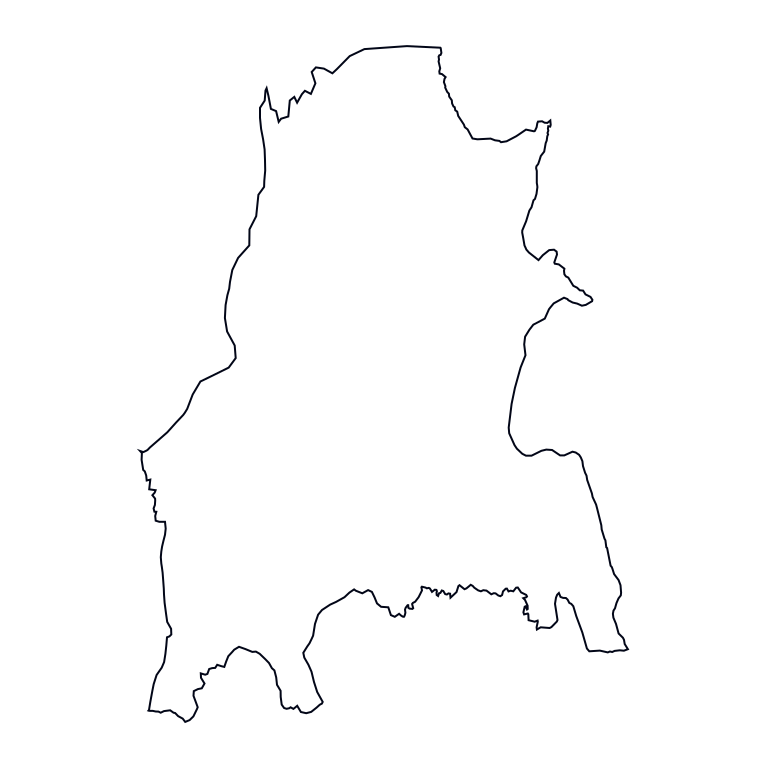 Beyla, Beyla, Guinea (Equal Earth projection)
{"feature_id": "49546643B61238663992809", "entity_name": "Beyla", "entity_type": "district", "adm_level": 2, "iso_a3": "GIN", "parent_name": "Guinea", "parent_adm1": "Beyla", "projection": "equal_earth", "projection_center": [-8.173, 8.91], "detail": "fine", "context": "isolated", "style": "outline", "palette": "ink", "viewbox_px": 768, "rotation_deg": 0, "n_neighbors": 0, "source": "geoboundaries", "source_scale": "gbopen_adm2", "svg_char_len": 6091}
<svg xmlns="http://www.w3.org/2000/svg" viewBox="0 0 768 768"><path d="M403.9,616.8L404.6,615.7L404.9,614.7L405.4,612.8L405.0,609.6L405.7,607.7L407.6,605.2L408.2,605.2L408.4,607.8L409.5,608.6L412.4,608.9L413.2,608.2L412.1,604.0L412.9,602.9L415.2,601.7L415.7,601.0L418.6,597.2L422.0,590.4L421.4,587.3L421.9,586.7L425.6,587.6L426.8,588.3L428.8,587.9L429.9,588.5L432.0,591.9L434.8,589.7L436.4,589.9L436.9,591.2L436.5,592.8L436.7,595.0L438.1,596.0L439.0,593.3L440.4,592.9L441.8,590.5L443.3,591.0L445.2,594.1L446.9,594.5L448.4,593.4L450.1,593.7L450.5,597.7L456.5,592.1L458.4,586.1L459.5,585.2L464.5,589.2L466.4,588.4L469.1,586.2L470.7,584.8L472.7,585.9L474.3,587.7L475.6,588.6L478.2,590.4L480.9,591.3L483.3,590.2L486.5,590.6L491.3,594.3L493.8,593.2L495.6,593.4L498.3,595.5L500.4,596.2L502.1,595.0L503.0,591.4L505.7,588.7L506.9,588.6L508.5,591.4L510.7,590.7L513.3,591.3L516.1,587.7L517.8,587.5L521.1,592.4L526.2,594.9L527.0,596.4L526.4,597.2L523.3,598.2L525.0,599.9L527.6,605.7L527.7,609.0L527.0,609.5L525.6,606.3L524.7,606.7L523.4,612.3L524.1,614.4L527.8,613.5L528.3,614.2L528.6,620.2L534.7,621.7L537.6,620.6L537.8,621.7L536.6,627.3L536.9,629.5L540.7,627.3L549.6,628.0L551.4,627.1L556.8,621.6L557.5,620.0L555.0,603.8L556.0,597.6L557.2,594.7L558.9,593.0L560.5,596.9L561.2,597.2L563.1,597.9L565.9,598.0L567.6,599.6L569.3,602.9L571.3,603.9L573.3,606.2L576.3,616.2L582.3,632.4L586.9,648.5L589.3,651.3L599.8,650.6L607.8,652.4L609.9,651.5L612.2,652.0L614.6,650.9L619.8,650.3L623.9,650.7L627.9,649.2L624.7,644.0L624.0,639.8L622.9,637.7L618.6,633.5L616.0,623.9L613.4,617.7L612.9,613.8L613.5,610.6L615.0,608.3L616.5,603.0L618.5,598.4L620.8,595.4L621.1,592.7L620.5,585.2L618.6,580.1L614.1,574.1L612.4,568.7L611.8,567.1L610.6,565.7L607.1,548.0L606.3,547.3L605.4,540.3L604.5,538.7L601.7,529.5L601.3,525.2L597.1,508.4L596.1,504.6L592.6,497.0L591.9,493.4L587.2,480.0L586.5,475.6L585.1,472.8L583.0,466.1L582.4,461.2L580.8,457.4L579.1,454.8L575.7,452.5L572.5,451.7L564.3,455.4L560.1,455.4L552.1,450.0L546.3,449.6L541.4,450.8L531.5,455.7L526.0,455.7L522.3,453.8L516.9,448.7L514.5,445.1L509.2,433.3L508.7,427.6L511.6,403.9L514.9,388.0L520.6,367.5L525.5,355.2L525.3,353.7L524.2,344.4L525.1,336.7L529.5,329.6L533.3,324.7L544.8,318.6L549.0,309.2L550.4,307.4L553.7,303.4L564.0,297.7L567.5,299.1L568.3,300.2L572.6,302.5L577.2,303.6L581.9,305.7L585.8,304.9L592.1,301.2L592.4,299.8L590.5,296.9L585.5,294.4L583.1,290.6L579.8,290.3L577.1,287.7L573.3,285.8L568.3,277.6L565.9,276.4L564.4,274.3L564.0,270.8L564.4,268.7L558.8,264.4L554.8,263.7L554.3,262.4L557.0,254.5L556.6,251.6L554.0,249.7L549.2,250.1L542.8,255.2L538.5,260.1L528.9,252.5L526.3,249.5L525.6,247.8L524.5,245.5L523.3,238.5L522.2,232.6L522.3,230.4L526.1,221.3L529.4,210.5L531.5,207.3L533.5,200.3L535.0,198.9L536.5,193.9L537.4,187.1L537.2,185.3L536.8,183.0L536.8,171.0L536.1,168.1L536.4,166.3L538.2,164.0L539.5,160.2L540.8,156.0L544.2,151.6L545.7,143.1L546.7,140.6L547.3,136.2L548.1,134.4L547.5,133.0L548.3,130.7L547.9,128.6L548.3,126.2L550.2,126.6L550.7,124.9L550.3,120.5L547.4,122.9L544.6,122.7L542.1,121.3L538.0,121.6L537.3,123.3L536.6,127.3L534.9,130.9L534.0,131.3L526.0,129.6L518.1,135.0L516.1,136.3L506.6,141.3L501.0,142.2L499.4,140.9L495.0,140.3L490.6,138.6L477.4,139.3L472.5,138.5L467.6,129.4L464.8,127.2L463.9,124.6L458.2,115.9L457.2,111.6L455.3,110.3L454.7,107.2L453.5,106.5L452.1,103.5L451.8,100.3L449.2,96.6L448.9,93.7L447.2,91.9L445.2,87.6L445.4,86.2L443.9,82.1L444.5,78.9L445.6,77.1L442.0,74.1L439.6,73.6L439.3,71.3L440.2,68.3L438.6,61.5L439.0,59.5L438.6,56.6L439.3,55.3L440.6,54.9L441.4,52.9L440.7,48.1L440.3,47.7L407.0,46.1L364.4,49.1L349.7,56.1L336.9,69.1L332.4,73.3L323.9,68.6L315.9,67.4L311.7,72.0L315.4,83.3L310.9,93.9L304.9,90.8L301.9,94.2L297.1,102.7L294.3,96.9L289.8,100.5L288.3,116.5L281.1,118.7L278.7,121.9L276.1,111.1L270.9,108.9L268.4,95.7L266.6,88.2L265.5,90.5L264.7,100.6L260.0,107.8L260.0,117.9L261.1,128.9L263.1,139.3L264.6,149.4L265.0,160.0L265.2,170.6L264.3,180.8L264.1,186.9L258.4,194.8L256.2,216.2L249.5,229.3L249.3,245.4L238.1,257.9L232.3,270.0L230.0,281.9L229.2,288.7L227.4,295.2L225.6,305.0L224.9,318.0L227.1,331.5L234.7,345.5L235.7,358.1L228.7,367.6L211.1,376.3L200.4,381.5L192.7,394.5L187.2,408.9L184.8,412.8L183.2,415.0L176.1,422.5L167.3,432.3L149.9,447.5L147.5,450.0L145.9,450.9L143.3,452.1L140.1,451.0L141.9,453.0L141.6,459.8L143.2,469.9L144.8,471.4L146.2,475.5L146.7,480.5L150.3,479.6L149.2,489.3L155.6,490.2L154.7,492.6L152.4,495.2L155.1,498.6L155.2,500.7L154.9,505.0L153.6,508.4L154.4,511.7L156.3,511.8L155.2,516.0L155.7,520.7L159.3,521.8L165.0,521.8L165.7,528.6L165.0,534.8L163.4,541.0L162.1,546.5L161.3,551.5L160.8,557.2L161.3,563.5L161.8,566.6L162.6,572.6L163.2,580.4L163.8,588.7L164.0,594.4L164.6,602.8L166.1,614.1L167.2,621.9L171.1,628.8L171.3,634.5L169.4,636.4L167.0,637.3L166.3,645.6L165.4,653.9L164.1,662.1L161.7,667.7L156.6,675.0L153.7,684.1L152.4,690.6L150.3,702.0L149.0,710.0L148.5,710.6L149.1,710.8L151.3,710.9L152.9,710.9L155.7,711.5L158.5,711.6L160.7,712.7L164.0,711.1L170.2,710.3L173.5,712.7L175.1,713.0L176.2,714.1L178.1,716.1L182.7,718.6L185.2,721.9L189.6,720.1L193.4,716.4L196.9,709.2L197.7,707.2L193.5,695.8L193.8,691.1L197.9,689.1L201.8,688.3L204.5,683.5L201.0,677.8L200.8,673.4L205.2,674.7L207.4,673.9L209.2,669.0L212.2,668.1L215.2,667.9L217.2,664.8L221.4,666.2L224.3,666.9L226.1,661.7L228.3,656.2L232.1,652.1L234.2,649.7L239.0,646.8L245.5,649.1L252.3,651.9L255.9,651.6L259.7,653.8L265.1,659.0L269.0,663.0L271.9,668.2L274.4,670.4L276.2,677.4L277.0,684.8L280.6,690.8L280.7,696.9L281.7,704.6L284.1,708.0L286.6,708.8L289.3,708.2L290.6,707.3L293.4,708.9L295.4,707.3L297.2,705.8L300.9,712.0L306.2,713.2L311.2,711.9L316.7,707.5L319.8,704.7L321.9,703.6L322.7,701.9L317.2,692.0L314.0,682.0L311.5,671.7L308.4,664.7L304.3,657.6L303.3,652.8L307.3,646.4L309.5,643.3L311.3,639.6L313.1,635.7L315.0,623.9L318.1,614.7L322.0,610.0L330.2,604.6L336.1,601.9L344.5,597.2L349.4,592.6L354.1,589.4L355.8,590.7L362.3,593.3L368.1,590.1L371.9,591.9L374.6,597.5L377.0,603.4L381.1,606.8L388.3,607.3L390.9,615.1L394.8,616.8L399.1,613.8L401.0,615.5L402.7,616.6L403.9,616.8Z" fill="none" stroke="#020617" stroke-width="2"/></svg>